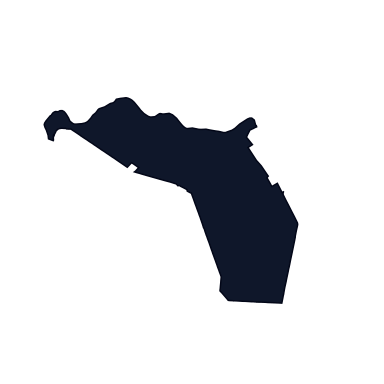 Sanpetru Mare, Timis, Romania, rotated 327°
{"feature_id": "2599482B83892227967248", "entity_name": "Sanpetru Mare", "entity_type": "district", "adm_level": 2, "iso_a3": "ROU", "parent_name": "Romania", "parent_adm1": "Timis", "projection": "mercator", "projection_center": [20.765, 46.07], "detail": "fine", "context": "isolated", "style": "filled", "palette": "ink", "viewbox_px": 384, "rotation_deg": 327, "n_neighbors": 0, "source": "geoboundaries", "source_scale": "gbopen_adm2", "svg_char_len": 4671}
<svg xmlns="http://www.w3.org/2000/svg" viewBox="0 0 384 384"><g transform="rotate(327 192 192)"><path d="M213.0,327.8L214.6,326.0L217.8,322.6L221.9,318.6L224.1,316.3L228.3,312.1L229.5,310.9L231.3,309.0L232.2,308.2L233.0,307.4L234.6,305.8L237.2,303.1L241.7,298.6L251.5,288.7L253.6,286.5L254.0,286.1L254.7,285.1L255.6,284.2L258.3,281.4L262.1,277.7L262.9,276.8L263.1,276.5L263.3,276.0L263.6,275.3L264.4,268.6L264.5,267.6L265.0,262.4L265.7,255.9L266.2,250.6L266.9,244.6L267.0,243.9L267.5,242.9L267.7,242.7L267.9,242.4L268.0,242.4L268.4,241.9L269.3,241.5L267.2,241.7L268.3,231.2L262.3,230.9L261.9,230.8L262.2,227.8L262.6,221.1L263.3,220.6L264.6,220.2L264.5,218.4L264.3,207.8L263.8,204.5L263.4,201.8L263.2,200.9L263.2,185.2L268.5,185.2L267.5,175.7L269.4,174.5L269.8,174.2L274.3,171.6L278.1,172.1L278.4,172.2L278.7,172.2L279.1,172.1L281.7,172.6L281.9,172.2L282.1,171.3L282.0,171.1L281.8,171.0L281.7,170.9L282.4,168.6L283.4,165.6L282.4,162.6L280.8,161.5L278.2,161.0L273.3,161.0L269.0,161.0L262.9,162.0L259.3,162.0L254.8,160.9L252.5,160.4L250.8,159.3L247.5,155.8L244.8,153.5L240.5,149.5L238.0,147.0L234.4,144.9L232.0,143.3L227.9,139.3L227.2,138.6L222.5,136.2L221.5,135.1L220.8,133.4L220.2,131.2L219.8,128.3L219.4,124.5L219.2,121.8L217.7,116.7L215.7,113.6L213.8,112.7L210.7,111.2L209.7,110.5L208.4,109.2L207.4,108.6L205.4,108.6L203.2,108.7L201.8,108.6L199.3,107.3L197.6,106.2L196.3,104.4L194.4,100.0L193.4,95.2L193.3,93.1L192.5,86.1L192.4,85.3L191.7,82.5L190.9,80.7L189.4,78.4L188.0,77.0L185.5,75.8L182.9,74.5L179.1,73.0L177.2,73.8L175.8,74.2L174.3,74.2L171.7,73.3L168.8,73.2L165.2,73.1L159.5,71.6L158.0,71.8L156.3,72.5L154.3,73.2L150.6,73.6L147.5,74.9L143.5,76.0L141.6,76.1L139.7,75.8L136.6,74.6L131.5,71.8L129.9,70.6L129.3,69.4L128.8,68.0L128.2,65.9L128.8,62.5L128.9,58.2L128.7,56.0L128.4,54.6L127.4,53.0L125.5,51.9L123.7,51.8L122.6,51.2L121.6,50.3L120.2,49.9L118.5,49.9L116.8,50.5L115.7,51.0L115.4,51.1L114.6,50.9L108.2,52.9L105.9,54.0L104.7,55.1L103.9,57.9L103.6,60.6L102.8,63.8L102.2,66.1L100.6,69.3L103.6,73.4L103.8,73.3L103.9,73.2L104.2,72.8L104.4,72.5L104.6,72.2L104.8,71.8L104.8,71.6L104.8,71.4L105.2,71.1L105.4,70.8L105.6,70.6L105.7,70.2L106.1,70.0L106.3,69.9L106.3,69.6L106.3,69.4L106.5,69.3L106.6,69.2L106.8,69.1L106.9,68.9L107.0,68.7L107.3,68.4L107.5,68.4L107.7,68.5L107.7,68.9L107.7,69.0L107.8,68.9L108.2,68.6L108.8,68.3L109.5,67.9L110.0,67.6L110.5,67.3L111.1,66.8L112.2,66.6L112.4,66.5L114.1,66.3L115.4,66.6L117.4,67.5L119.6,69.2L120.4,69.5L120.7,69.8L120.9,70.5L121.1,70.7L122.8,72.0L123.6,72.5L124.8,73.4L125.1,74.2L125.4,75.0L125.8,75.9L126.7,77.9L127.9,80.7L128.4,81.9L129.0,83.3L129.4,84.5L129.9,85.6L130.6,87.3L131.4,89.1L132.4,91.3L133.3,93.6L134.2,95.6L134.9,97.1L135.1,97.7L135.2,97.9L135.6,99.0L136.5,101.0L137.3,103.0L138.3,105.3L139.2,107.6L140.1,109.5L140.9,111.4L141.8,113.6L142.4,114.9L143.3,117.1L143.5,117.5L144.2,119.3L145.1,121.2L146.5,124.7L147.5,127.1L149.1,130.9L150.0,133.1L150.8,135.0L151.2,136.0L153.6,135.4L156.4,134.7L156.6,134.7L157.3,134.6L158.2,136.5L158.6,137.6L159.0,138.5L159.4,139.5L159.8,140.6L160.2,141.7L160.6,142.5L159.2,142.9L156.8,143.5L156.3,143.7L154.7,143.8L156.2,145.6L158.2,147.8L159.5,149.4L161.5,151.7L163.3,153.8L164.8,155.5L166.1,157.0L167.6,158.7L169.8,161.2L171.6,163.3L173.4,165.3L175.4,167.6L177.3,169.7L179.3,171.9L183.2,176.7L183.6,179.1L184.0,179.2L184.9,179.7L185.2,179.9L185.2,180.2L185.3,180.4L185.5,180.8L185.7,181.3L186.9,183.3L188.3,185.8L189.0,187.2L189.1,187.3L188.5,188.6L189.1,189.8L190.3,191.9L190.5,192.3L190.9,192.6L190.4,194.4L189.4,198.8L188.3,203.3L187.6,206.5L187.0,209.0L186.5,211.2L186.1,213.1L185.5,215.4L185.1,217.4L184.5,219.7L183.9,222.1L183.3,224.5L182.7,226.7L182.2,228.3L182.2,228.5L182.3,228.9L182.3,229.0L182.2,229.4L182.0,230.3L181.4,232.3L180.8,234.8L180.5,235.8L180.3,237.1L179.7,239.4L179.2,241.6L178.7,244.0L178.1,246.2L178.1,246.4L177.6,248.3L177.0,250.6L176.5,252.9L175.9,255.1L175.4,257.5L174.9,259.5L174.4,261.8L173.8,264.2L173.3,266.5L172.8,268.3L172.4,270.0L172.0,272.0L171.4,274.3L171.0,276.3L170.4,278.7L170.3,279.1L169.6,280.0L168.1,281.9L166.6,283.9L164.9,286.0L163.2,288.2L162.1,289.5L161.9,289.8L161.8,290.0L161.7,290.1L161.6,290.3L161.7,290.6L161.9,291.8L162.1,292.7L163.2,300.8L163.3,302.2L163.4,302.6L164.4,303.5L167.1,305.4L167.4,305.8L167.6,305.9L168.1,306.1L168.3,306.3L170.0,307.5L171.9,308.9L174.8,311.1L175.5,311.6L176.1,311.9L176.8,312.5L177.1,312.7L177.3,312.8L180.4,315.1L181.7,316.1L183.8,317.5L184.6,318.2L185.3,318.6L186.0,319.3L187.3,320.2L188.8,321.2L189.6,321.7L190.3,322.2L193.4,324.4L195.6,326.1L195.9,326.3L201.0,329.9L205.2,332.9L206.8,334.1L210.6,330.2L212.0,328.7L213.0,327.8Z" fill="#0f172a" stroke="#020617" stroke-width="1.5"/></g></svg>